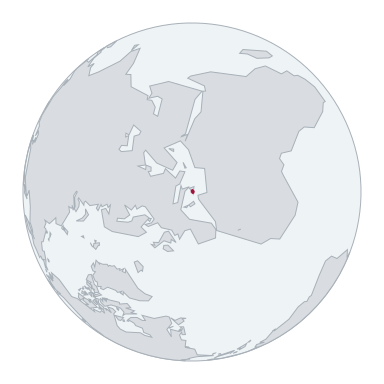 globe centered on Palermo, rotated 240°
{"feature_id": "ITA-5410", "entity_name": "Palermo", "entity_type": "Province", "adm_level": 1, "iso_a3": "ITA", "parent_name": "Italy", "parent_adm1": "", "projection": "orthographic", "projection_center": [13.554, 38.128], "detail": "fine", "context": "on_globe", "style": "filled", "palette": "rose", "viewbox_px": 384, "rotation_deg": 240, "n_neighbors": 0, "source": "natural_earth", "source_scale": "10m", "svg_char_len": 10799}
<svg xmlns="http://www.w3.org/2000/svg" viewBox="0 0 384 384"><g transform="rotate(240 192 192)"><circle cx="192" cy="192" r="169" fill="#eef3f6" stroke="#a8b0b8"/><path d="M110.0,44.3L117.0,41.1L112.3,43.4L115.5,42.1L121.6,39.3L124.8,37.8L144.2,32.6L164.8,28.0L170.0,26.2L169.9,27.2L178.8,24.0L189.2,23.2L178.3,24.5L177.7,25.0L185.1,24.4L186.2,24.9L190.4,25.0L191.0,25.7L184.6,26.9L184.9,27.5L190.1,27.1L194.0,27.9L186.3,28.4L192.3,30.0L182.7,33.2L161.6,35.5L157.0,39.4L137.2,47.8L139.7,48.2L133.8,52.3L134.5,54.5L130.6,55.8L134.5,56.5L137.9,54.9L140.8,54.7L141.5,56.0L136.7,57.8L135.6,57.4L134.6,58.6L131.9,59.0L133.6,59.5L127.7,61.8L134.6,61.5L130.7,65.0L126.5,66.1L125.7,63.3L113.8,60.4L109.2,61.3L103.7,64.9L95.9,76.9L91.5,79.3L86.3,84.5L89.4,84.1L94.5,80.0L98.8,81.0L104.5,76.4L107.2,76.3L113.5,72.9L113.9,76.4L110.8,81.7L105.6,84.8L104.0,87.4L110.2,87.1L101.4,96.0L97.5,107.5L95.1,109.8L88.3,108.7L85.6,101.5L76.9,101.7L83.8,104.8L77.7,111.0L77.2,113.5L78.4,115.3L81.2,114.3L79.4,117.3L71.8,115.0L73.4,112.2L75.7,112.8L74.4,109.7L69.2,108.9L66.5,112.5L61.6,108.8L59.6,111.4L57.5,112.3L61.0,108.2L54.5,115.8L48.4,115.1L39.5,128.9L46.8,114.2L48.5,109.2L49.7,104.7L48.2,106.8L52.0,99.0L51.9,97.8L48.9,102.1L55.8,92.1L63.3,82.5L71.5,73.6L80.3,65.2L89.7,57.5L99.6,50.5L110.0,44.3ZM38.0,122.5L37.5,123.5L38.8,121.1L37.5,125.3L33.3,133.9L30.2,144.8L27.6,153.3L26.0,160.9L25.7,164.2L25.0,171.3L26.3,169.2L27.6,171.7L25.7,179.6L27.9,175.5L27.6,182.4L31.3,193.1L30.6,194.0L33.4,212.5L39.4,226.4L40.8,234.5L39.8,236.8L42.6,241.2L42.7,243.6L56.3,260.6L65.5,273.1L66.7,280.8L61.9,284.3L64.4,297.8L57.7,293.5L60.6,298.1L60.9,298.6L53.5,288.7L46.7,278.3L40.8,267.4L35.7,256.1L31.4,244.4L28.0,232.5L25.4,220.3L23.8,208.0L23.1,195.6L23.3,183.2L23.4,181.8L24.9,169.6L25.3,165.8L24.9,167.3L26.1,160.0L29.1,147.2L33.1,134.7L38.0,122.5ZM37.0,132.9L33.6,149.8L33.1,144.6L33.7,144.6L35.0,139.2L36.7,131.9L37.0,128.1L37.0,132.9ZM40.9,130.3L41.3,128.0L41.3,129.7L40.9,130.3ZM126.1,37.1L121.6,39.2L115.8,41.8L119.3,40.0L126.1,37.1ZM137.4,33.2L135.6,34.0L132.2,34.8L134.3,34.0L137.4,33.2ZM173.5,25.0L169.6,25.6L173.0,24.9L173.5,25.0ZM190.9,24.9L191.6,24.6L193.5,24.8L190.9,24.9ZM112.9,71.3L113.2,72.1L111.9,72.3L112.9,71.3ZM115.4,69.2L113.6,68.9L114.5,67.8L115.6,68.0L115.4,69.2ZM196.1,26.3L198.9,26.9L195.0,26.4L196.1,26.3ZM117.4,69.9L116.4,66.1L118.0,64.3L123.5,63.8L117.4,69.9ZM199.8,27.4L206.5,29.2L208.7,28.7L206.2,31.5L201.3,28.8L196.1,28.2L199.4,28.0L199.8,27.4ZM138.7,53.8L135.1,55.6L137.4,53.0L138.7,53.8ZM139.5,52.3L142.5,45.4L148.2,43.7L146.1,46.2L152.9,43.4L154.2,45.9L150.7,48.1L146.8,48.6L150.3,49.2L139.5,52.3ZM203.7,33.0L204.4,33.8L202.5,33.3L203.7,33.0ZM142.1,54.5L142.2,53.1L147.2,51.5L147.9,54.0L146.0,53.7L142.1,54.5ZM154.0,41.6L157.8,41.0L159.9,42.8L161.7,42.9L154.7,45.9L154.0,41.6ZM145.3,54.7L148.1,55.3L146.4,57.3L142.4,55.7L145.3,54.7ZM148.2,50.1L150.6,49.5L149.5,50.6L148.2,50.1ZM142.1,65.1L142.1,63.2L144.7,62.2L142.1,65.1ZM149.2,55.4L149.8,54.8L150.8,54.2L152.3,55.1L149.2,55.4ZM156.6,47.1L156.7,48.1L159.6,45.9L161.3,47.4L156.3,49.2L159.2,49.1L159.7,49.6L155.0,50.6L156.6,47.1ZM156.8,54.4L151.0,57.5L150.4,61.1L148.1,62.1L149.5,56.2L156.8,54.4ZM156.2,52.0L156.0,53.6L153.2,53.9L151.6,52.9L156.2,52.0ZM164.2,47.9L162.9,45.1L164.0,44.8L164.2,47.9ZM157.2,55.3L158.5,54.6L157.4,55.5L157.2,55.3ZM162.7,50.1L162.1,49.0L163.4,48.8L162.7,50.1ZM161.8,54.0L159.9,54.9L158.8,54.2L161.8,54.0ZM162.6,52.1L164.6,52.0L159.5,53.4L162.2,51.7L162.6,52.1ZM164.0,49.9L164.6,49.5L164.1,50.4L164.0,49.9ZM167.3,56.3L161.2,58.2L158.6,56.6L164.9,54.9L167.3,56.3ZM120.4,269.8L107.4,244.5L112.4,236.8L112.4,225.8L146.3,194.1L154.6,197.5L182.5,194.1L186.2,195.5L184.1,204.7L206.1,214.7L211.7,206.7L230.4,210.1L242.1,207.5L244.1,189.9L225.0,193.8L220.5,186.1L234.8,175.9L251.4,172.8L250.2,169.8L238.7,165.2L241.5,158.2L234.6,163.1L238.2,165.7L234.0,169.0L230.5,166.9L231.6,164.4L226.3,164.0L222.4,176.6L225.5,180.6L212.3,184.7L216.3,192.0L213.1,196.0L205.1,185.3L205.2,181.0L191.2,169.6L190.0,174.4L203.1,185.7L199.4,185.0L197.9,192.3L196.2,186.3L182.2,173.4L169.6,176.2L155.3,193.2L147.6,193.9L140.4,189.4L143.8,171.5L160.7,172.1L162.1,166.4L157.3,157.6L162.8,158.8L162.9,155.4L169.1,155.4L176.4,147.6L182.5,146.9L184.0,136.8L187.3,135.2L185.5,141.5L187.5,145.7L202.5,144.2L204.9,141.9L204.7,135.7L208.9,136.3L206.7,130.5L214.6,127.1L203.2,126.6L202.6,120.0L206.6,114.4L204.3,112.3L197.8,121.5L197.0,125.3L199.7,128.6L195.8,139.8L191.0,141.9L187.2,130.4L179.9,132.4L180.2,123.2L197.7,103.1L205.7,98.7L221.9,104.7L220.9,109.1L214.5,109.0L221.6,114.9L220.5,111.6L223.9,112.3L224.2,106.7L226.7,107.0L222.8,101.3L225.8,101.1L228.2,104.7L231.3,96.8L237.3,95.2L236.8,93.3L234.6,91.7L243.6,91.0L242.8,89.7L239.6,89.4L235.9,86.7L233.0,81.7L236.3,81.7L237.8,83.5L245.9,87.5L249.4,92.7L250.4,92.2L248.2,87.8L238.3,82.8L235.7,79.9L240.5,81.6L238.6,80.7L238.3,79.3L241.0,78.0L235.8,76.0L228.0,61.8L232.6,58.4L237.8,61.2L235.9,52.8L241.2,50.5L238.2,50.1L235.2,46.4L233.5,47.0L231.8,46.5L223.4,38.3L224.0,36.7L216.9,33.5L215.4,33.4L214.6,34.4L206.2,31.5L208.7,28.7L212.1,29.0L211.4,27.3L219.3,28.4L225.4,28.9L234.4,31.7L238.5,32.2L237.7,31.6L242.7,32.1L255.6,36.1L248.5,35.6L229.9,32.0L237.8,33.5L237.0,34.1L240.4,35.3L245.9,36.5L246.0,36.0L259.9,44.5L275.1,51.9L271.6,48.0L273.7,47.7L288.0,54.9L310.7,74.4L313.7,75.9L316.8,78.8L320.4,83.4L316.1,79.2L316.0,80.3L313.0,77.5L317.4,84.1L313.3,80.4L318.8,87.8L321.3,89.3L319.0,84.5L325.5,92.9L328.5,94.2L333.5,100.5L344.2,120.0L348.1,131.3L349.3,134.1L348.4,134.4L350.9,143.1L355.5,150.9L356.7,155.1L359.0,169.2L358.4,166.4L356.1,167.3L358.3,178.4L360.2,180.3L360.9,187.8L360.6,189.5L359.6,183.3L358.7,183.4L357.0,174.2L352.6,164.4L352.2,171.6L350.4,166.4L344.3,160.8L342.7,171.0L341.3,195.2L344.2,209.3L342.4,218.9L332.6,205.6L327.0,193.5L324.3,197.8L313.6,191.9L297.4,202.1L294.4,199.3L291.5,203.0L283.9,202.6L279.0,197.7L274.7,200.1L287.5,212.7L292.1,210.1L294.8,201.5L297.6,206.7L304.9,208.3L299.4,227.0L274.3,251.1L270.7,240.9L245.6,215.4L245.7,211.5L245.6,211.1L245.2,210.4L244.1,217.0L239.4,211.5L254.0,231.0L256.9,239.9L273.9,251.9L272.6,254.2L277.7,255.8L292.7,245.2L293.1,248.8L286.7,268.3L264.9,296.6L267.2,308.2L264.5,318.5L249.6,328.5L249.5,334.7L241.6,338.5L240.2,341.9L233.1,346.3L221.7,350.8L203.8,352.6L203.7,350.3L196.3,345.4L186.6,330.0L192.2,321.7L191.1,314.9L178.0,298.5L180.9,288.8L177.2,284.5L169.6,285.2L165.1,279.8L160.3,279.4L130.2,278.7L120.4,269.8ZM136.0,212.5L135.4,215.8L136.0,212.5ZM270.0,178.1L279.2,175.0L273.0,166.0L276.0,164.2L272.8,162.0L272.5,165.4L264.4,159.0L267.6,154.3L265.5,150.1L262.3,151.0L257.7,160.9L269.3,169.8L268.1,175.0L270.0,178.1ZM31.5,193.3L31.7,196.1L30.9,194.4L31.5,193.3ZM31.8,146.9L31.7,149.3L31.2,151.6L31.1,150.3L31.8,146.9ZM33.9,165.8L34.4,169.1L33.4,167.0L33.9,165.8ZM33.4,152.3L33.5,163.6L31.6,160.6L31.7,153.6L32.3,156.5L33.4,152.3ZM38.4,133.5L38.1,135.4L37.3,136.3L38.4,133.5ZM40.9,131.6L40.8,131.2L41.6,129.4L40.9,131.6ZM78.1,111.1L78.7,111.4L79.2,113.6L77.8,113.5L78.1,111.1ZM88.7,119.1L85.5,123.8L86.8,120.1L84.2,120.6L83.7,113.9L93.8,110.6L89.3,113.1L88.7,119.1ZM85.8,104.5L85.0,108.8L85.5,104.3L85.8,104.5ZM157.2,138.6L159.8,140.9L158.0,144.6L150.3,146.6L152.7,141.1L157.2,138.6ZM163.8,143.3L162.2,131.9L166.9,130.6L164.5,133.2L167.8,133.4L164.9,137.8L171.0,148.0L169.8,152.1L156.2,153.0L161.3,150.3L158.4,148.1L163.8,143.3ZM149.8,108.9L149.2,105.0L160.2,106.9L159.6,110.5L151.8,112.4L148.1,109.5L149.8,108.9ZM127.2,70.1L126.3,69.2L127.6,68.6L129.5,68.9L127.2,70.1ZM141.9,64.3L132.8,73.9L131.2,73.2L127.8,80.1L122.3,81.1L124.7,76.5L117.9,82.7L117.9,79.0L113.8,83.5L119.8,73.1L119.5,70.3L121.9,73.0L126.9,72.1L129.0,70.8L134.7,65.4L136.6,59.4L141.9,57.9L145.2,58.4L145.5,59.6L142.0,60.1L145.0,61.4L140.1,63.1L141.9,64.3ZM179.9,71.1L175.7,70.3L180.9,74.8L176.0,75.9L177.0,76.3L173.9,78.7L171.8,82.4L169.5,82.4L169.7,83.9L167.7,85.6L167.1,87.8L162.7,88.6L161.7,91.3L160.2,90.2L159.7,94.8L158.1,91.8L155.3,94.0L158.3,95.7L135.7,97.0L127.4,100.4L121.4,105.2L119.5,99.9L123.9,92.4L131.5,84.9L139.7,82.6L137.3,80.9L140.6,79.4L141.1,81.4L142.2,77.4L145.0,76.7L151.8,71.3L151.7,66.5L154.2,64.6L155.6,66.1L157.1,63.2L161.4,64.9L163.3,63.7L169.5,64.4L171.2,68.5L173.2,66.8L178.0,67.5L179.9,71.1ZM169.0,56.6L172.1,60.8L171.0,63.6L160.7,61.2L158.4,62.1L151.7,61.2L153.5,57.3L155.2,57.9L157.3,57.6L155.9,58.9L158.6,57.6L161.1,58.5L163.9,57.8L164.1,59.3L169.0,56.6ZM189.7,192.0L192.4,192.3L196.6,191.6L195.7,196.4L189.7,192.0ZM180.0,183.3L182.4,182.7L183.1,188.7L180.3,188.6L180.0,183.3ZM183.0,177.4L182.4,182.2L181.1,179.5L183.0,177.4ZM187.6,140.7L190.1,139.8L190.6,141.2L189.5,143.5L187.6,140.7ZM194.4,86.4L192.1,85.1L192.7,84.3L190.4,80.0L193.7,79.1L196.5,81.3L194.4,86.4ZM241.2,193.6L238.3,197.6L236.3,196.4L237.7,195.3L241.2,193.6ZM216.2,197.8L222.2,199.1L215.9,199.1L216.2,197.8ZM197.7,84.7L196.3,82.9L198.9,83.6L197.7,84.7ZM196.1,78.3L199.0,78.6L193.9,78.5L196.1,78.3ZM289.9,307.4L276.7,326.9L269.7,329.6L269.6,325.9L275.3,315.1L283.8,309.0L288.3,302.6L289.9,307.4ZM360.6,202.4L358.4,194.2L359.3,190.8L361.0,191.2L360.6,202.4ZM344.8,210.2L347.7,215.7L346.4,219.1L344.8,210.2ZM350.9,137.8L351.6,141.0L350.8,139.2L349.4,134.0L350.9,137.8ZM337.3,106.2L340.5,111.4L341.7,113.7L340.5,111.6L337.3,106.2ZM224.8,77.3L224.3,84.0L226.1,88.9L230.7,91.3L224.0,91.0L221.1,83.5L224.8,77.3ZM227.3,63.6L223.2,61.9L225.1,61.0L226.2,61.3L227.3,63.6ZM224.8,63.7L219.7,64.7L217.5,62.7L221.9,62.3L224.8,63.7ZM208.8,74.1L208.4,76.1L206.3,75.5L208.8,74.1ZM315.8,77.0L314.0,75.2L311.7,72.8L313.6,74.7L315.8,77.0ZM308.4,69.5L310.6,71.6L316.5,78.0L316.4,77.7L320.8,82.7L319.1,81.0L312.3,73.7L308.5,69.6L304.5,66.1L299.6,61.8L295.4,58.6L292.2,56.2L294.7,57.9L297.1,59.7L308.4,69.5ZM293.7,57.5L284.7,51.7L282.1,49.4L283.5,50.1L288.7,53.6L289.8,54.6L293.7,57.5ZM281.7,49.8L282.7,50.8L271.4,46.9L268.4,45.6L275.6,46.7L276.9,47.9L280.1,49.4L281.7,49.8ZM206.0,33.6L204.6,33.8L205.0,33.2L206.0,33.6ZM231.0,47.0L228.8,46.3L229.4,45.4L231.0,47.0ZM223.0,44.0L223.8,45.5L221.6,43.9L223.0,44.0ZM226.0,48.9L223.5,46.0L227.9,48.8L226.0,48.9Z" fill="#d9dde1" stroke="#a8b0b8" stroke-width="1"/><path d="M190.7,192.2L190.8,192.2L190.9,191.9L191.0,191.8L191.3,191.8L191.4,191.7L191.5,191.7L191.5,191.8L191.6,192.0L191.9,192.1L192.0,192.1L192.1,192.3L192.3,192.4L192.6,192.5L192.6,192.4L192.8,192.4L193.1,192.3L193.1,192.2L193.2,192.3L193.3,192.3L193.5,192.3L193.6,192.5L193.7,192.8L193.6,193.0L193.6,193.3L193.4,193.3L193.4,193.5L193.2,193.4L193.1,193.5L192.9,193.6L192.8,193.4L192.7,193.3L192.6,193.2L192.4,193.3L192.2,193.4L191.7,193.4L191.7,193.5L191.5,193.4L191.4,193.4L191.3,193.5L191.2,193.5L191.2,193.4L190.9,193.3L190.8,193.2L190.9,192.9L190.6,192.9L190.6,192.7L190.8,192.6L190.7,192.4L190.7,192.2ZM193.1,193.3L193.2,193.2L193.1,193.3L193.1,193.3ZM191.1,193.4L191.1,193.5L191.0,193.4L191.1,193.4Z" fill="#f43f5e" stroke="#9f1239" stroke-width="1.5"/></g></svg>